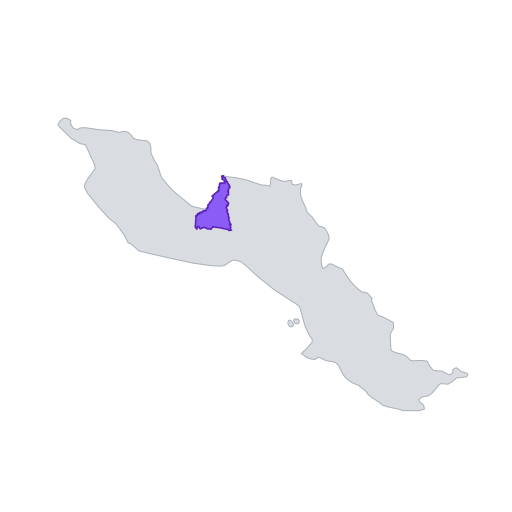 location of Dedza, Dedza, Malawi, rotated 136°
{"feature_id": "42251766B66225457753973", "entity_name": "Dedza", "entity_type": "district", "adm_level": 2, "iso_a3": "MWI", "parent_name": "Malawi", "parent_adm1": "Dedza", "projection": "natural_earth1", "projection_center": [34.006, -14.237], "detail": "fine", "context": "in_parent", "style": "filled", "palette": "violet", "viewbox_px": 512, "rotation_deg": 136, "n_neighbors": 0, "source": "geoboundaries", "source_scale": "gbopen_adm2", "svg_char_len": 8447}
<svg xmlns="http://www.w3.org/2000/svg" viewBox="0 0 512 512"><g transform="rotate(136 256 256)"><path d="M200.5,301.1L197.7,296.7L195.4,297.8L192.3,300.9L190.6,301.7L189.7,301.6L189.1,300.8L188.4,298.9L186.0,293.3L183.2,289.3L180.3,287.7L178.0,285.9L179.0,284.1L180.1,282.8L179.6,281.5L178.3,279.6L173.2,276.8L173.1,275.6L177.6,273.2L180.5,270.3L182.4,267.5L184.9,261.5L186.9,255.5L188.4,253.6L188.9,249.6L188.5,245.1L189.5,239.4L190.0,233.9L188.5,231.8L187.2,228.2L188.7,222.0L191.1,217.7L202.5,213.3L210.5,209.3L212.2,207.5L214.9,204.1L216.4,200.7L215.3,199.7L209.1,199.6L207.5,198.3L203.0,186.5L205.5,173.0L205.7,167.7L205.6,161.1L204.8,156.3L202.8,154.3L201.6,151.7L201.9,144.7L203.8,143.9L207.8,134.5L209.5,129.0L207.4,124.7L205.1,118.4L204.0,114.4L203.4,113.1L205.0,110.6L207.7,108.3L210.7,107.6L213.9,106.5L224.0,94.9L224.1,92.6L222.2,88.7L218.5,82.9L217.7,80.5L217.2,73.4L215.7,71.3L210.2,66.6L206.0,61.6L207.3,56.6L208.0,51.0L205.9,48.0L202.8,44.8L200.8,40.2L200.0,36.8L197.5,35.5L195.2,35.4L193.6,37.5L191.8,37.4L189.6,36.6L188.9,33.7L188.8,30.4L187.3,28.3L185.9,25.3L185.7,23.7L186.6,23.2L188.5,22.9L196.6,29.0L201.5,29.3L206.9,30.4L211.6,35.7L214.0,36.4L217.1,35.7L225.9,35.1L229.5,35.9L234.0,39.0L235.8,39.5L238.7,39.6L239.2,38.7L239.5,36.9L239.0,33.2L239.6,31.1L241.3,28.9L246.2,31.5L258.2,43.2L258.5,44.7L266.2,56.2L268.7,61.1L268.7,63.7L271.0,73.8L271.6,78.6L271.0,82.2L271.1,85.1L272.1,89.2L271.7,90.9L274.5,97.0L275.8,102.1L276.1,107.0L275.3,111.9L272.9,118.9L272.5,121.8L273.0,124.4L274.5,127.2L277.1,130.2L279.1,133.9L280.4,138.2L281.6,140.1L282.9,140.1L285.5,140.7L287.6,143.2L290.0,147.4L290.8,152.3L291.1,154.3L284.3,154.2L275.6,155.0L273.5,156.9L272.9,161.1L270.2,169.8L268.7,172.9L265.5,178.8L261.0,187.0L260.0,189.7L260.2,192.4L262.8,203.6L265.6,215.3L266.5,219.9L268.5,235.5L269.5,246.5L269.7,253.0L270.6,261.7L273.1,266.4L275.7,269.3L285.4,271.1L288.3,273.2L293.8,278.8L305.8,294.0L312.4,303.8L318.2,312.4L328.6,328.3L336.6,340.7L337.6,352.3L338.9,354.0L336.2,362.6L334.4,376.6L335.6,385.8L335.1,401.6L333.6,418.4L331.7,424.4L329.3,426.6L323.7,428.4L311.3,430.5L309.5,432.5L307.9,435.8L305.4,443.5L302.4,451.3L301.5,454.7L302.0,455.4L304.7,459.4L307.3,469.6L307.7,487.0L306.8,488.3L303.2,489.1L299.2,488.9L297.6,487.9L296.2,485.9L295.1,482.2L297.7,479.6L298.6,475.1L297.0,471.2L293.6,470.3L289.5,466.7L280.5,455.1L273.0,446.9L268.7,440.1L264.2,437.4L263.0,435.7L261.9,432.9L261.9,428.7L262.3,425.7L260.9,422.3L256.4,417.0L254.3,414.1L254.2,410.6L256.1,407.2L260.0,403.1L262.9,394.7L263.9,389.3L269.4,378.5L270.1,369.0L270.3,361.5L269.9,355.9L268.5,344.3L267.6,336.3L260.9,325.9L258.7,324.9L252.3,325.8L246.8,327.3L244.1,329.5L240.0,329.6L229.3,331.4L225.9,332.2L224.0,334.1L222.9,334.5L216.1,326.4L210.2,317.7L202.6,302.9L200.5,301.1ZM278.7,186.4L276.9,186.9L275.8,185.8L276.0,182.6L276.7,180.3L278.5,179.9L279.7,180.5L280.6,181.6L280.6,183.3L280.1,185.1L278.7,186.4ZM274.7,180.6L273.7,183.8L271.5,183.7L269.5,180.9L270.2,178.7L272.1,178.0L273.8,178.8L274.7,180.6Z" fill="#d9dde1" stroke="#a8b0b8" stroke-width="1"/><path d="M270.0,306.5L269.6,306.6L269.2,306.6L268.5,306.8L267.7,306.7L267.0,306.9L266.7,307.1L266.3,306.0L266.1,305.9L265.7,305.8L265.4,305.3L265.2,305.1L265.1,304.9L265.0,304.6L264.9,304.2L264.0,303.7L263.4,302.6L262.9,301.9L262.5,301.5L261.8,301.0L261.6,300.7L261.5,300.1L261.4,299.7L261.1,299.5L260.7,298.9L260.6,298.6L260.2,298.1L259.8,297.4L259.7,297.3L258.7,296.2L258.6,295.9L258.5,295.6L257.7,294.6L257.6,294.1L257.9,293.7L257.9,293.4L256.6,292.2L255.9,291.8L255.9,292.1L255.7,292.7L255.1,293.7L255.2,293.8L255.2,294.0L254.7,294.0L254.4,294.2L254.1,294.2L253.6,295.3L253.3,295.4L253.2,295.5L253.3,295.9L253.2,296.1L253.1,296.4L252.9,296.1L252.6,296.1L252.3,295.9L252.2,295.9L252.0,296.2L251.9,296.4L252.0,296.5L252.1,296.2L252.3,296.2L252.3,296.3L252.1,297.4L251.7,298.4L251.4,298.6L251.0,299.3L250.8,299.5L250.7,300.1L250.6,300.4L250.3,301.6L250.2,301.7L250.0,301.8L249.5,301.7L249.2,301.7L249.1,301.8L249.0,302.1L248.9,302.1L248.5,302.7L248.5,302.9L248.4,303.2L248.4,304.0L247.8,304.2L247.5,304.5L247.4,304.8L247.3,305.2L247.1,305.4L246.8,305.4L246.8,305.5L246.7,305.6L246.7,305.9L246.5,306.4L246.6,306.5L246.4,306.9L246.3,307.1L246.4,307.4L246.2,307.7L246.2,307.9L246.1,308.5L245.6,308.6L244.9,308.3L244.6,308.8L244.7,309.2L244.6,309.4L244.7,309.6L244.4,310.0L244.1,310.4L244.1,310.8L243.9,311.0L244.0,311.4L243.5,311.5L243.2,311.8L243.1,312.0L242.9,312.1L242.6,312.1L242.4,311.9L242.3,312.1L242.3,312.3L242.1,312.5L241.9,312.4L241.7,312.6L241.5,312.1L241.3,311.9L241.2,311.9L240.8,311.9L240.8,312.3L240.6,312.4L240.5,312.6L240.2,312.6L239.7,312.7L239.4,312.7L239.2,312.7L239.0,313.0L239.3,313.5L239.1,314.0L238.8,314.2L238.8,314.3L238.9,314.9L238.8,315.5L239.0,315.8L238.9,316.0L238.8,316.4L238.8,316.6L238.8,316.9L238.9,317.1L239.0,317.2L239.0,317.3L239.0,317.5L238.9,317.7L238.7,318.0L238.6,318.4L238.4,318.4L238.2,318.7L237.9,318.7L237.4,319.0L237.1,319.0L236.9,318.9L236.6,318.8L236.5,318.6L236.3,318.9L236.1,319.1L235.8,319.2L235.6,319.2L235.4,319.5L234.9,319.6L234.7,319.7L234.3,319.6L234.2,319.7L233.8,319.4L233.6,319.1L233.3,319.0L232.9,319.5L232.7,319.7L232.7,319.9L232.6,320.0L232.4,320.3L232.2,320.4L231.7,320.6L231.7,320.8L231.5,321.1L231.4,321.2L231.4,321.5L231.5,321.6L231.4,321.8L231.5,322.0L231.3,322.1L230.8,321.7L230.5,321.9L230.5,322.2L230.4,322.2L230.4,322.4L230.3,322.6L230.1,322.7L229.8,322.8L229.5,323.1L228.9,323.3L228.7,323.5L228.3,323.5L227.8,323.7L227.7,323.4L227.4,323.3L227.3,323.6L227.1,323.6L226.9,323.8L226.9,324.0L226.7,324.5L226.5,325.2L226.3,325.3L226.1,325.1L225.9,325.5L226.0,325.7L226.0,325.9L226.0,326.3L225.9,326.5L225.8,326.8L225.7,327.1L225.8,327.3L225.8,327.7L225.7,327.8L225.7,328.3L225.5,328.8L225.3,329.1L225.1,329.1L224.9,329.5L225.6,330.3L225.4,330.7L225.4,330.8L225.5,331.0L225.4,331.1L224.7,331.5L224.4,331.9L224.3,332.9L223.9,333.6L224.3,335.1L224.3,335.4L224.1,335.7L223.8,336.0L223.6,336.2L223.7,336.3L224.0,336.5L224.4,336.7L224.4,336.8L224.4,337.1L224.6,337.3L224.9,337.2L225.4,337.0L225.5,336.6L225.8,336.5L225.7,336.2L225.7,335.9L225.8,335.8L226.3,335.3L226.6,335.0L226.9,335.1L227.1,335.0L227.1,334.8L227.0,334.4L226.7,333.9L226.4,333.0L226.4,332.6L226.7,331.7L226.7,331.2L226.6,330.8L227.0,330.5L227.6,330.2L227.9,330.3L228.0,330.4L228.3,330.8L228.7,331.1L228.9,331.5L229.3,331.5L229.6,332.0L229.9,332.3L230.2,332.2L230.9,332.6L231.1,333.1L231.1,333.5L231.3,333.5L231.6,333.3L232.0,333.3L232.6,333.0L233.3,331.9L234.3,331.0L234.6,331.0L235.1,331.6L235.3,331.6L235.7,331.2L235.6,330.4L235.7,330.2L236.4,329.5L236.6,329.4L236.8,329.4L237.1,329.0L237.2,328.9L237.5,329.1L237.9,328.7L238.3,328.5L238.5,329.0L239.2,329.0L240.1,329.2L244.5,329.5L246.0,329.6L245.9,327.9L246.0,327.8L246.1,327.7L247.9,327.1L248.1,327.1L248.8,326.9L250.2,326.7L250.4,326.6L250.6,326.2L251.0,326.4L251.3,326.6L251.6,326.6L252.4,326.8L252.7,326.6L253.0,326.4L253.1,326.1L253.4,326.0L253.6,325.8L253.8,325.7L254.3,325.8L254.8,326.1L255.2,326.1L255.4,326.0L255.7,325.7L256.0,324.9L256.5,324.7L257.0,324.1L257.5,324.6L258.4,324.2L258.9,324.2L259.4,324.1L259.5,323.9L259.6,323.7L259.8,323.6L259.9,323.4L260.3,323.5L260.7,323.4L260.9,323.9L261.0,324.0L261.5,324.1L261.6,323.9L261.8,323.9L261.9,324.1L261.9,324.6L262.2,325.1L263.0,325.0L263.5,325.2L264.2,325.3L264.3,325.1L264.2,324.8L264.2,324.7L264.3,324.6L264.5,324.7L264.7,324.8L264.8,325.2L265.0,325.3L265.4,325.2L265.4,325.6L265.6,325.8L265.7,326.2L265.9,326.3L266.4,326.3L267.1,326.4L267.2,326.0L267.2,325.7L267.3,325.5L267.4,325.4L268.2,326.2L268.3,326.4L268.1,326.7L268.4,327.0L268.6,327.0L269.0,326.6L269.4,326.7L269.8,326.3L269.9,326.1L270.1,326.0L270.2,326.3L270.7,326.5L270.9,326.5L271.2,326.7L271.4,326.7L271.7,326.6L271.8,326.5L271.9,326.3L271.8,326.1L272.0,325.8L277.0,321.4L277.4,321.0L278.6,320.0L279.0,319.5L279.7,319.0L279.8,318.9L279.8,318.7L279.7,318.4L279.8,318.2L279.8,317.9L279.5,317.2L279.7,316.9L279.3,316.9L279.2,317.0L279.2,316.9L279.1,317.0L278.7,317.5L278.3,317.5L277.9,317.7L277.5,317.6L277.3,317.6L277.1,317.5L276.7,317.0L276.8,316.8L277.0,316.7L276.9,316.5L277.1,316.3L277.1,316.0L277.2,315.9L277.1,315.7L277.3,314.6L277.3,314.3L277.0,314.0L276.3,313.9L275.3,313.5L274.8,313.4L274.7,313.1L274.3,313.2L274.1,313.1L273.2,312.4L272.9,311.8L272.9,311.6L272.6,311.4L272.5,311.2L272.6,310.8L272.5,310.5L272.3,310.2L272.3,309.7L272.2,309.5L272.2,309.3L271.8,308.8L271.5,308.5L271.3,308.5L270.6,308.1L270.5,307.6L270.0,306.5Z" fill="#8b5cf6" stroke="#5b21b6" stroke-width="1.5"/></g></svg>